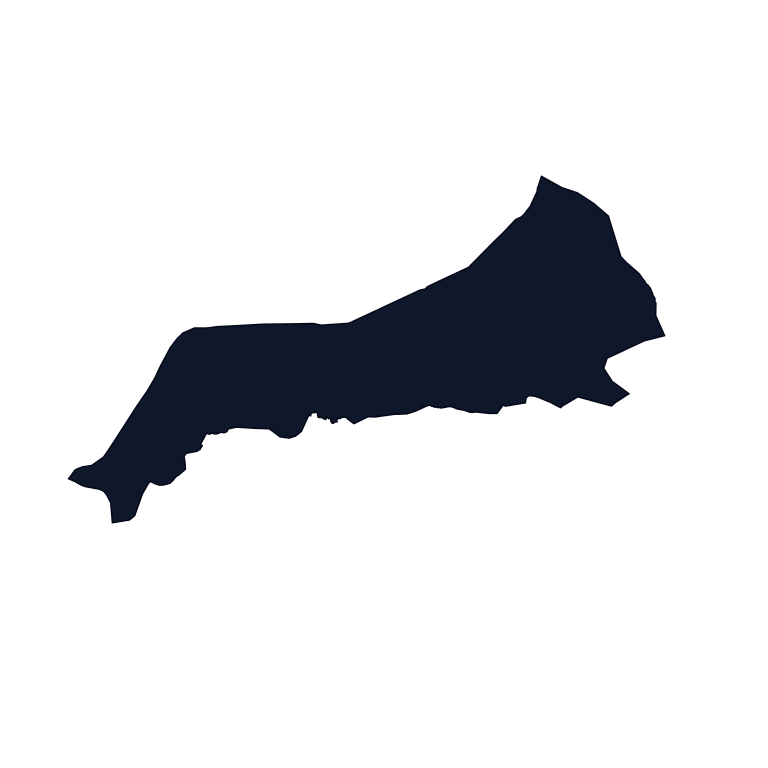 Arewa Dandi, Kebbi, Nigeria, rotated 34°
{"feature_id": "59680162B65662189989638", "entity_name": "Arewa Dandi", "entity_type": "district", "adm_level": 2, "iso_a3": "NGA", "parent_name": "Nigeria", "parent_adm1": "Kebbi", "projection": "orthographic", "projection_center": [4.072, 12.682], "detail": "fine", "context": "isolated", "style": "filled", "palette": "ink", "viewbox_px": 768, "rotation_deg": 34, "n_neighbors": 0, "source": "geoboundaries", "source_scale": "gbopen_adm2", "svg_char_len": 4418}
<svg xmlns="http://www.w3.org/2000/svg" viewBox="0 0 768 768"><g transform="rotate(34 384 384)"><path d="M589.6,187.0L571.0,175.4L564.1,164.8L563.6,164.6L563.2,164.6L562.5,164.1L562.1,163.7L561.8,163.4L561.7,162.9L561.5,162.4L561.2,162.0L560.8,161.8L560.5,161.7L560.2,161.4L560.0,161.2L559.4,161.1L559.0,160.7L558.5,160.7L558.2,160.4L557.5,160.1L557.1,159.8L556.5,159.4L556.2,159.1L555.8,158.6L555.3,158.3L554.5,157.9L553.7,157.3L552.9,156.8L552.2,156.2L551.5,155.9L550.7,155.4L549.7,155.2L548.7,155.0L548.1,154.6L547.5,154.4L547.1,154.4L546.4,154.5L546.1,154.4L545.9,154.4L545.6,154.4L545.1,154.3L544.5,154.0L543.8,153.7L543.1,153.2L542.2,152.9L541.4,152.6L538.1,151.6L537.4,151.2L536.1,150.7L535.0,150.3L534.4,150.1L533.8,149.9L523.7,148.6L516.9,147.8L509.1,146.0L476.0,119.3L457.2,117.1L437.5,117.4L421.7,121.8L398.5,123.8L401.1,133.1L401.6,135.5L403.3,138.8L405.9,154.8L406.0,155.4L405.8,156.1L405.5,161.2L405.4,162.3L405.5,162.9L405.4,163.2L405.4,163.7L405.5,163.9L405.5,164.1L405.4,164.2L405.4,164.4L405.3,164.6L405.2,164.9L405.2,165.3L405.1,165.8L404.8,166.8L404.5,168.5L401.2,174.0L398.1,192.7L395.7,203.8L394.8,208.7L392.2,222.6L388.9,239.9L388.7,240.3L369.9,271.7L365.5,279.3L365.4,280.9L365.3,281.1L365.2,281.2L365.1,281.8L365.1,282.3L364.8,282.6L364.7,282.6L361.3,286.1L358.9,290.1L355.9,295.1L345.3,312.7L341.2,319.5L338.2,324.6L333.2,332.9L320.9,353.3L314.1,358.7L307.4,363.9L299.0,370.4L291.7,373.3L276.3,384.1L250.4,402.0L227.5,419.4L214.1,429.4L210.3,432.8L207.0,435.7L204.1,437.9L195.6,443.5L188.9,454.0L188.1,457.8L187.2,461.8L186.5,473.4L188.9,496.0L190.6,506.0L191.6,520.9L191.5,542.5L192.0,565.2L192.4,582.0L192.5,595.8L192.4,601.4L187.2,615.1L180.7,621.0L177.4,625.5L177.1,626.0L176.0,628.1L175.5,638.9L182.0,637.7L188.4,637.2L192.8,636.4L196.7,634.8L202.3,632.3L206.2,630.6L209.5,629.8L212.0,629.7L216.1,631.0L223.9,635.3L236.4,650.9L249.0,639.0L250.9,632.6L245.1,610.1L244.8,604.9L244.3,600.1L244.4,596.6L245.4,595.2L249.0,594.9L254.0,593.6L256.5,592.0L259.5,589.0L262.0,585.9L263.0,581.5L263.3,577.4L265.0,573.4L267.0,565.7L263.6,561.2L258.8,555.9L258.8,552.0L266.5,544.4L267.0,543.5L267.0,543.1L266.8,542.4L267.3,542.1L267.7,541.6L268.0,541.5L268.1,541.2L268.0,540.9L267.8,540.6L267.8,540.2L267.7,539.8L267.7,539.5L267.7,539.2L267.9,539.0L267.9,538.7L267.8,538.2L267.8,537.8L267.9,537.3L267.9,537.0L265.6,536.3L264.3,523.8L265.1,523.9L265.7,523.8L266.4,523.5L267.5,523.1L268.4,521.6L268.9,521.1L269.4,520.8L270.1,520.6L270.7,520.1L271.1,520.2L271.5,520.2L272.0,519.7L272.4,519.2L273.1,519.0L273.3,518.4L273.8,518.2L274.5,517.3L274.7,516.3L275.4,516.0L276.0,514.9L276.9,514.4L277.7,514.5L278.0,513.9L278.9,513.6L280.2,511.7L280.3,510.7L280.1,508.1L285.8,502.3L288.1,500.9L302.2,492.6L313.9,485.3L327.4,485.9L335.4,482.0L339.7,476.7L342.0,469.6L339.2,453.0L339.5,451.4L340.0,451.4L340.6,451.6L341.0,451.2L340.6,450.6L340.0,450.0L340.2,449.2L340.3,448.4L341.1,447.5L341.9,447.0L342.6,446.3L343.2,445.7L343.6,444.9L344.4,444.9L345.2,445.7L346.1,446.5L346.7,447.2L347.4,447.9L347.9,448.3L348.3,448.4L348.7,448.0L349.7,447.7L350.3,447.2L350.7,446.6L351.8,446.4L352.7,446.6L353.5,446.6L354.2,446.2L354.8,446.1L355.4,446.0L355.5,445.6L355.3,445.0L355.3,444.5L355.0,444.2L355.5,443.3L356.1,443.5L356.9,443.4L357.6,443.7L358.2,442.8L359.0,442.7L359.6,443.2L360.3,444.0L361.1,444.7L361.6,445.1L362.3,445.3L362.9,445.4L363.5,445.2L364.0,444.8L364.2,444.0L364.4,443.2L364.8,442.9L365.1,442.4L365.5,442.0L366.2,441.6L365.6,440.9L365.0,440.3L364.9,439.9L365.2,439.4L365.1,438.9L364.7,438.8L364.7,438.2L364.4,438.0L364.4,437.7L364.9,437.6L365.7,437.8L366.1,437.7L366.8,437.3L367.4,436.3L367.4,435.5L368.2,434.7L369.3,433.9L369.8,433.6L370.4,433.0L371.1,432.9L371.9,433.1L372.4,433.1L374.0,433.3L375.8,433.4L377.8,433.6L381.3,433.6L389.1,420.0L395.3,416.1L402.9,409.2L409.2,403.6L419.6,396.0L425.2,389.0L432.0,377.8L434.1,375.8L436.1,375.7L437.3,375.0L438.4,375.0L439.2,374.8L439.5,374.3L440.4,373.6L441.3,373.7L442.3,373.2L443.8,371.9L444.6,372.1L450.6,366.2L453.2,364.9L458.9,363.6L462.7,362.0L464.6,361.1L470.9,359.4L473.4,357.9L474.0,357.3L476.0,355.7L487.5,349.6L494.1,345.2L494.5,334.7L495.3,334.6L497.0,334.5L511.7,320.5L509.5,316.0L510.7,312.5L515.4,310.0L519.5,308.7L533.1,306.0L539.6,305.4L543.8,304.7L544.0,302.8L551.8,286.3L584.9,275.0L586.2,269.9L592.5,255.1L571.7,254.3L557.3,248.1L554.5,237.8L563.8,222.3L575.6,202.6L589.6,187.0Z" fill="#0f172a" stroke="#020617" stroke-width="1.5"/></g></svg>